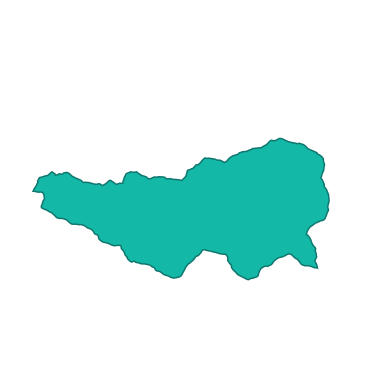 the district of Mewang, Thimphu, Bhutan, rotated 294°
{"feature_id": "84629894B72045307811039", "entity_name": "Mewang", "entity_type": "district", "adm_level": 2, "iso_a3": "BTN", "parent_name": "Bhutan", "parent_adm1": "Thimphu", "projection": "mercator", "projection_center": [89.55, 27.441], "detail": "fine", "context": "isolated", "style": "filled", "palette": "teal", "viewbox_px": 384, "rotation_deg": 294, "n_neighbors": 0, "source": "geoboundaries", "source_scale": "gbopen_adm2", "svg_char_len": 6090}
<svg xmlns="http://www.w3.org/2000/svg" viewBox="0 0 384 384"><g transform="rotate(294 192 192)"><path d="M192.3,155.1L191.8,155.0L191.0,153.1L190.4,151.5L188.9,150.0L187.6,149.1L187.0,148.0L186.2,146.9L186.8,145.1L187.1,144.8L187.1,143.3L187.0,141.6L186.6,139.7L186.9,138.4L187.0,136.9L187.5,134.5L187.9,133.2L187.6,132.8L187.0,132.1L186.3,130.7L185.5,128.0L185.2,127.3L184.0,126.5L183.1,125.6L182.2,124.6L181.5,124.4L179.7,124.4L177.4,124.2L176.1,124.6L173.9,124.6L172.7,125.0L171.7,125.2L171.3,124.4L170.7,122.5L169.3,121.0L168.2,119.9L168.4,118.4L168.9,116.6L169.2,114.7L169.5,112.7L168.5,111.6L164.9,110.1L161.5,107.7L161.9,104.5L161.7,103.5L160.6,102.3L160.2,101.5L159.5,99.6L158.7,94.1L158.1,92.3L157.3,90.1L156.5,88.8L156.7,87.6L157.5,86.4L157.5,82.0L157.4,79.7L157.5,78.6L157.6,76.5L158.1,74.7L158.5,73.5L159.0,72.6L159.0,69.9L158.5,68.8L157.1,67.0L155.6,66.2L154.9,65.0L154.8,63.4L153.0,62.2L151.9,60.3L152.1,59.8L152.9,59.4L153.0,58.7L153.0,57.6L153.3,57.0L153.5,56.5L153.4,55.9L152.9,55.4L151.6,54.9L150.7,54.5L150.3,54.3L149.3,53.9L148.8,53.6L148.0,53.0L147.7,52.5L146.7,51.0L146.3,50.6L145.3,49.6L143.4,47.2L142.9,46.7L141.8,46.6L141.1,46.7L140.0,46.5L139.2,46.5L138.4,47.1L138.0,47.4L137.0,47.1L134.8,47.2L130.5,46.5L128.0,46.5L128.6,47.8L128.9,50.0L129.6,52.3L130.4,53.4L130.7,55.6L129.7,57.5L127.6,58.8L126.0,59.9L124.7,59.9L123.3,59.6L120.2,60.0L118.8,60.2L117.9,60.0L116.4,60.9L116.2,63.3L116.4,67.4L116.0,68.8L115.9,72.3L114.8,75.8L113.6,78.6L113.7,80.8L114.3,82.4L115.2,84.5L115.5,88.1L115.5,89.0L114.7,91.1L113.8,94.0L113.9,95.7L115.6,99.6L116.0,101.6L117.1,103.8L117.5,107.2L117.3,109.0L116.7,111.1L116.8,112.6L117.0,114.2L116.7,116.0L116.0,117.8L115.3,118.6L114.2,120.1L114.1,121.9L114.5,123.2L113.9,123.9L112.6,125.2L111.9,125.5L111.5,125.8L111.1,126.4L110.9,126.7L110.8,127.1L110.1,129.8L110.1,130.2L110.0,130.8L110.3,132.4L110.7,134.0L110.8,135.0L111.0,137.1L110.9,139.0L111.0,141.3L111.2,142.7L111.7,143.7L112.4,144.7L112.7,145.3L112.9,145.6L113.4,146.6L113.5,147.0L113.9,147.9L114.1,148.4L113.8,148.8L113.6,149.0L113.3,149.5L112.7,149.8L111.8,150.3L111.5,150.6L110.7,152.4L109.8,154.0L109.4,154.6L108.3,155.5L107.6,156.2L107.1,156.8L106.7,157.6L106.5,158.5L106.3,158.9L105.7,159.4L105.2,159.8L104.7,160.5L103.8,162.7L103.5,164.1L103.4,165.0L103.6,165.5L104.1,166.1L104.5,166.4L104.8,166.7L105.1,167.2L105.3,167.9L105.1,168.8L104.9,169.3L104.9,169.8L105.5,171.5L105.6,172.8L105.6,173.4L105.5,173.9L105.7,174.3L106.2,176.0L106.9,177.8L107.3,178.7L107.4,179.5L107.6,181.0L107.9,181.7L108.2,182.3L108.2,182.8L108.0,183.7L107.8,184.8L107.6,185.3L107.5,186.0L107.4,186.9L107.6,187.6L107.4,188.6L107.0,189.1L106.3,189.8L105.9,190.4L105.8,190.9L105.7,191.6L105.6,192.3L105.8,192.8L106.2,193.9L106.2,195.3L106.0,196.6L105.7,197.7L105.2,199.1L105.1,199.8L105.3,201.7L105.6,204.0L105.7,204.8L105.4,206.9L105.6,208.8L105.7,209.6L106.3,211.0L107.7,213.0L109.2,214.9L110.1,215.6L110.6,216.0L111.6,216.2L114.5,216.5L118.1,216.8L121.3,216.9L123.9,217.7L124.7,217.7L125.6,218.6L129.9,220.6L131.4,221.2L133.9,221.6L134.9,221.8L136.1,223.3L137.2,223.9L138.9,224.4L140.3,224.9L141.4,224.9L142.3,225.0L143.5,225.5L144.4,227.1L144.5,228.5L145.2,231.7L145.5,232.6L145.8,235.2L146.7,239.8L146.9,242.5L147.8,245.5L148.2,246.9L149.0,248.1L148.3,248.9L147.6,250.5L146.6,251.3L145.8,251.8L144.4,252.3L143.6,252.9L143.3,253.6L142.1,255.3L141.4,256.9L140.7,258.1L139.1,258.8L137.7,261.0L136.9,263.1L136.5,264.6L135.2,267.1L135.0,269.6L134.9,272.6L134.7,275.5L134.6,277.1L134.7,278.5L135.0,279.5L135.9,280.1L137.2,281.1L138.0,282.8L139.2,283.7L140.7,285.6L141.8,286.3L143.2,286.3L145.5,285.8L147.9,285.9L149.9,286.1L151.7,287.1L153.3,288.3L154.4,289.6L154.6,290.4L154.9,291.5L157.0,293.1L157.9,294.0L159.8,294.6L161.2,294.7L163.5,295.5L165.8,296.9L167.4,298.0L169.3,300.7L171.3,302.6L172.7,303.6L174.7,305.3L175.4,307.8L174.3,311.0L173.5,313.2L173.4,315.6L171.9,318.7L170.7,320.6L170.3,321.9L170.4,323.8L170.5,324.9L172.2,328.8L172.5,331.9L172.6,334.6L173.5,336.7L173.5,337.5L176.0,335.7L176.9,334.9L178.6,332.5L179.7,332.1L183.0,332.3L183.9,332.0L184.2,331.6L185.0,331.1L186.1,330.5L187.3,329.6L188.1,328.7L188.9,328.3L189.6,328.3L190.5,328.0L191.3,327.1L192.0,325.5L192.7,324.1L193.8,322.6L194.9,321.5L196.6,320.0L198.3,317.9L198.9,316.7L199.5,315.5L199.7,313.8L202.1,313.3L204.9,313.4L208.0,314.0L211.7,316.3L213.7,317.2L215.2,318.9L216.5,320.0L218.1,321.1L218.8,322.5L220.2,323.8L221.8,324.3L223.7,324.3L225.9,324.2L228.3,323.9L230.6,324.2L231.6,323.6L232.4,322.9L233.4,322.2L234.3,321.8L238.5,321.1L240.0,320.7L240.4,320.5L242.3,319.4L245.3,317.6L247.8,315.0L249.0,313.8L250.0,312.0L250.5,310.8L252.7,309.7L253.0,309.4L254.1,308.3L255.8,306.4L257.4,303.9L259.6,303.8L260.8,303.6L261.9,303.4L262.7,303.4L264.0,303.5L264.9,303.5L266.4,303.2L268.2,302.5L271.1,301.9L273.1,299.9L275.0,298.8L275.5,298.6L275.8,298.5L277.1,296.1L277.6,294.2L277.9,290.9L278.2,290.2L278.7,290.1L278.7,281.7L278.5,280.7L279.1,279.3L279.9,277.6L280.6,274.9L280.5,273.3L280.1,270.0L279.4,269.4L278.9,268.6L278.9,267.5L278.0,264.0L277.3,260.6L277.1,257.7L277.2,256.4L277.3,252.6L277.1,251.8L276.8,250.8L275.9,249.4L274.3,248.5L272.7,247.0L271.9,245.5L271.7,243.7L270.5,242.6L268.7,241.9L266.9,241.4L265.2,240.5L264.4,239.9L262.0,238.0L260.6,237.4L259.7,235.4L256.6,230.3L256.6,229.9L255.3,229.1L254.8,228.6L254.0,227.9L253.4,227.2L252.7,226.4L251.5,225.6L249.8,222.7L249.3,221.9L249.1,221.5L248.7,221.2L248.3,220.8L247.1,219.4L244.8,218.3L241.9,214.9L239.5,213.1L237.1,212.0L236.1,211.7L235.0,211.5L234.1,211.1L232.2,209.7L232.4,206.8L232.5,204.9L231.5,202.3L231.4,201.8L231.3,199.3L230.7,197.4L229.9,194.0L229.1,192.5L228.8,192.0L228.4,190.0L227.3,189.4L225.3,188.6L224.4,188.3L221.7,187.6L219.7,186.7L218.2,184.5L216.7,184.2L216.2,184.0L215.5,183.8L214.1,183.3L212.7,181.9L211.1,180.4L210.2,179.3L209.9,179.1L208.5,179.3L207.1,179.6L205.7,179.7L204.0,180.0L203.5,179.9L200.4,178.7L198.3,178.0L198.0,175.7L197.2,173.1L196.5,171.2L196.0,170.5L195.8,168.4L195.3,166.9L194.7,165.4L193.9,163.8L193.7,162.6L194.4,161.2L193.7,158.6L193.0,157.0L192.3,155.1Z" fill="#14b8a6" stroke="#0f766e" stroke-width="1.5"/></g></svg>